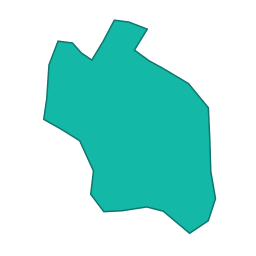 an SVG outline of Orahovac, rotated 177°
{"feature_id": "KOS-5891", "entity_name": "Orahovac", "entity_type": "District", "adm_level": 1, "iso_a3": "XKX", "parent_name": "Kosovo", "parent_adm1": "", "projection": "natural_earth1", "projection_center": [20.611, 42.394], "detail": "fine", "context": "isolated", "style": "filled", "palette": "teal", "viewbox_px": 256, "rotation_deg": 177, "n_neighbors": 0, "source": "natural_earth", "source_scale": "10m", "svg_char_len": 512}
<svg xmlns="http://www.w3.org/2000/svg" viewBox="0 0 256 256"><g transform="rotate(177 128 128)"><path d="M103.6,225.7L117.5,205.5L103.6,194.1L90.4,186.0L65.3,169.2L46.7,144.0L46.9,112.7L47.6,80.3L44.3,52.8L52.7,31.2L72.0,19.6L97.2,43.1L113.5,48.2L138.1,45.7L156.5,45.7L168.7,63.7L164.7,86.9L176.9,117.8L195.4,130.7L211.7,141.0L207.6,161.6L203.6,195.2L193.3,218.4L179.0,215.8L170.8,205.5L160.6,197.7L148.3,215.8L136.0,236.4L121.7,233.8L103.6,225.7Z" fill="#14b8a6" stroke="#0f766e" stroke-width="1.5"/></g></svg>